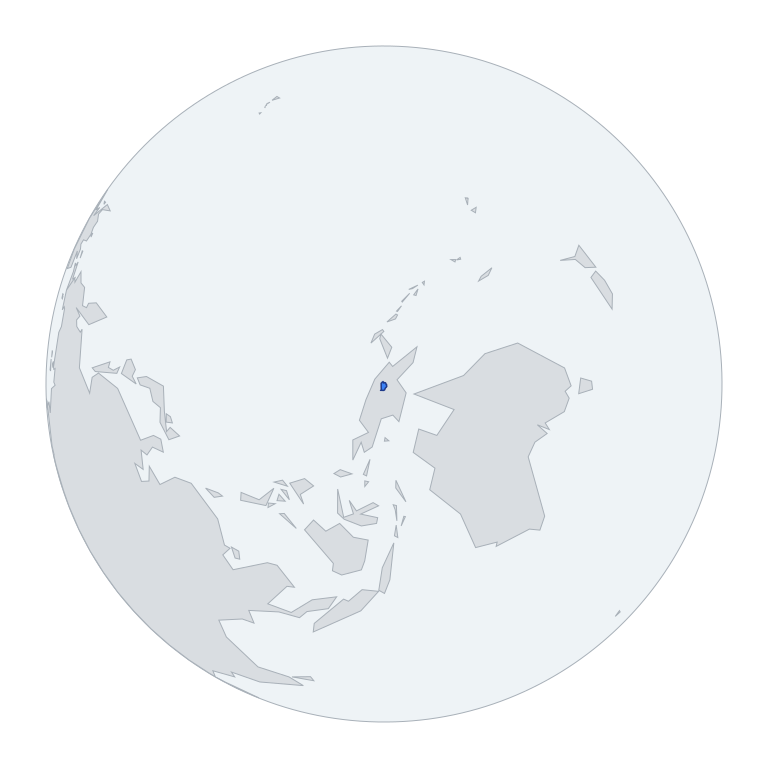 Enga highlighted on a globe, orthographic projection, rotated 274°
{"feature_id": "PNG-1238", "entity_name": "Enga", "entity_type": "Province", "adm_level": 1, "iso_a3": "PNG", "parent_name": "Papua New Guinea", "parent_adm1": "", "projection": "orthographic", "projection_center": [143.878, -5.472], "detail": "fine", "context": "on_globe", "style": "filled", "palette": "blue", "viewbox_px": 768, "rotation_deg": 274, "n_neighbors": 0, "source": "natural_earth", "source_scale": "10m", "svg_char_len": 6647}
<svg xmlns="http://www.w3.org/2000/svg" viewBox="0 0 768 768"><g transform="rotate(274 384 384)"><circle cx="384" cy="384" r="338" fill="#eef3f6" stroke="#a8b0b8"/><path d="M575.4,452.1L575.4,454.6L574.9,454.9L575.4,452.1ZM558.9,94.9L537.5,84.5L540.3,88.1L531.7,82.6L543.7,95.5L537.6,98.8L538.3,91.0L533.7,87.4L526.4,86.9L520.0,83.2L512.9,81.2L505.9,77.2L506.9,74.2L502.4,71.9L497.5,71.8L487.5,68.6L495.3,68.8L478.6,63.6L477.1,60.0L497.0,65.6L528.7,78.6L558.9,94.9ZM662.0,259.9L659.2,252.5L663.4,257.1L662.0,259.9ZM655.8,248.1L657.2,250.6L655.7,248.5L655.8,248.1ZM653.7,246.7L655.2,247.7L653.7,247.3L653.7,246.7ZM651.0,245.8L652.3,246.0L652.3,246.3L651.0,245.8ZM646.0,242.2L644.6,241.1L645.6,240.5L646.0,242.2ZM543.7,92.1L546.8,92.4L545.9,93.6L543.7,92.1ZM513.1,81.7L514.3,83.0L510.1,81.5L513.1,81.7ZM495.5,74.3L488.4,72.1L495.8,73.7L495.5,74.3ZM484.4,70.4L467.2,66.1L468.3,68.2L455.5,60.7L474.4,66.3L483.3,67.7L480.9,68.4L484.4,70.4ZM451.2,57.8L447.2,56.7L451.6,57.3L451.2,57.8ZM262.6,68.6L262.0,68.9L265.2,67.7L266.5,67.2L287.6,60.1L286.4,60.5L281.5,62.0L267.0,67.2L254.5,72.1L264.7,68.2L282.5,61.7L290.7,59.2L283.1,61.7L286.5,60.6L289.8,59.7L290.2,59.9L299.0,57.2L338.2,50.0L343.0,51.0L331.9,53.1L356.2,52.6L359.8,56.0L362.8,54.5L376.5,54.8L375.6,53.6L378.1,53.1L412.9,56.0L418.8,58.2L437.2,60.1L438.8,59.6L435.5,57.9L455.5,60.7L468.3,68.2L464.0,68.6L474.9,73.9L463.7,74.7L459.5,78.6L441.1,77.8L439.4,81.9L443.9,83.7L444.9,91.3L431.5,102.8L422.6,85.4L438.8,71.6L430.5,75.9L426.5,72.9L419.9,73.5L414.5,77.4L417.6,79.0L378.9,79.0L354.3,91.0L370.3,92.4L375.0,98.4L361.0,118.6L310.9,145.1L316.6,157.6L313.4,165.2L300.6,168.6L304.9,157.4L296.7,152.5L301.1,146.3L282.0,149.7L287.4,141.0L269.9,148.9L270.8,156.3L285.6,155.6L268.1,167.5L276.4,181.9L271.5,198.6L237.8,227.5L212.2,236.1L209.4,241.9L202.3,235.1L188.2,246.4L197.6,280.1L195.7,290.0L175.0,308.8L175.4,301.3L156.6,283.4L149.6,307.4L163.7,327.4L168.4,351.6L156.0,344.1L151.6,323.0L145.0,316.0L149.3,295.0L148.7,264.9L136.4,271.0L139.7,259.0L136.9,235.7L120.6,244.4L93.0,278.0L85.2,309.6L77.5,324.6L78.1,280.9L86.0,251.9L81.4,255.5L86.0,233.3L80.2,236.1L83.0,230.5L95.0,208.9L108.6,188.2L123.6,168.6L140.1,150.2L157.8,132.9L176.8,117.1L196.8,102.6L217.9,89.7L239.9,78.4L262.6,68.6ZM79.8,236.8L76.3,244.4L73.0,253.2L62.1,281.2L70.2,258.7L79.8,236.8ZM168.3,630.9L174.4,634.7L173.1,635.5L168.3,630.9ZM243.6,411.0L253.4,413.0L253.2,414.6L243.6,411.0ZM233.3,405.0L244.1,406.0L231.8,408.5L233.3,405.0ZM248.4,406.4L259.5,403.9L264.2,401.6L263.6,404.9L248.4,406.4ZM226.2,404.9L189.1,403.5L175.1,399.1L177.9,393.2L200.5,395.1L226.2,404.9ZM176.8,393.1L156.1,376.7L131.7,330.7L140.3,331.1L166.6,358.7L164.8,363.7L177.3,376.5L176.8,393.1ZM229.0,364.1L227.2,379.1L206.2,377.1L197.0,374.4L190.5,355.1L194.1,345.6L201.5,346.0L233.0,314.9L243.4,323.2L233.1,336.2L241.8,349.5L229.0,364.1ZM85.4,312.6L86.9,331.1L83.1,334.7L85.4,312.6ZM247.9,293.5L233.8,306.6L247.3,288.9L247.9,293.5ZM257.2,277.0L257.0,283.8L252.7,276.9L257.2,277.0ZM207.1,250.8L199.2,252.3L200.0,247.6L210.7,243.2L207.1,250.8ZM267.7,213.3L263.8,226.3L260.9,230.7L259.1,222.5L267.7,213.3ZM334.5,50.3L342.4,49.0L342.8,49.2L341.1,49.5L334.5,50.3ZM336.5,49.7L338.9,49.1L345.8,48.3L342.6,48.8L336.5,49.7ZM504.7,583.0L511.4,587.3L502.9,596.8L489.8,605.6L474.6,606.3L504.7,583.0ZM393.3,592.4L387.9,578.9L403.7,579.8L401.3,590.9L393.3,592.4ZM514.1,576.5L521.6,566.2L519.6,551.1L524.5,565.5L536.0,568.7L515.3,587.2L514.1,576.5ZM321.4,532.9L263.4,553.5L249.1,549.7L249.4,539.2L229.8,507.2L234.2,507.9L227.2,486.8L259.6,469.4L281.7,437.0L303.6,440.7L317.8,417.9L341.5,421.8L336.4,440.3L363.4,455.7L376.1,414.6L398.0,462.8L421.3,482.6L434.2,514.5L412.6,563.0L395.2,570.8L389.4,565.2L382.8,569.7L369.0,565.8L356.4,547.5L350.1,552.1L354.0,539.8L346.0,550.2L336.5,538.6L321.4,532.9ZM493.3,471.2L498.2,473.4L507.5,483.5L499.6,480.4L493.3,471.2ZM563.4,458.9L566.7,463.6L561.2,463.3L563.4,458.9ZM574.9,454.9L568.4,454.9L575.4,452.1L574.9,454.9ZM512.8,447.7L515.6,451.1L513.8,451.8L512.8,447.7ZM510.7,446.3L512.8,442.1L513.1,446.8L510.7,446.3ZM485.6,417.0L488.0,415.1L489.4,417.2L485.6,417.0ZM268.0,414.1L281.1,403.0L288.8,402.6L268.0,414.1ZM481.2,411.3L474.5,409.8L475.0,407.4L481.2,411.3ZM481.1,405.7L480.1,402.1L485.0,410.9L481.1,405.7ZM467.8,395.9L476.3,403.3L467.0,396.5L467.8,395.9ZM463.2,396.0L457.3,392.4L457.6,391.4L463.2,396.0ZM402.1,391.4L423.4,414.3L407.4,411.5L389.1,396.7L376.7,406.7L347.5,401.5L353.6,395.0L349.1,383.7L320.3,376.6L314.5,369.1L324.3,365.3L305.9,358.2L326.0,356.8L334.6,371.9L346.1,362.0L367.1,367.1L388.2,374.5L406.1,387.7L402.1,391.4ZM327.0,388.4L330.6,388.8L327.7,392.8L327.0,388.4ZM446.1,382.6L454.6,391.0L453.8,392.7L449.7,390.9L446.1,382.6ZM410.0,385.7L428.9,376.6L433.6,377.5L421.2,389.2L410.0,385.7ZM423.9,368.1L433.1,371.2L438.2,378.7L436.4,380.2L423.9,368.1ZM286.0,371.6L285.4,375.5L280.4,372.0L286.0,371.6ZM292.4,369.7L307.9,375.3L291.1,373.0L292.4,369.7ZM248.2,353.1L252.3,362.6L265.5,357.4L255.5,365.4L264.9,381.4L262.1,387.1L252.6,369.8L250.2,387.0L244.4,386.3L240.8,371.3L246.3,353.7L252.0,346.7L276.0,345.1L248.2,353.1ZM292.1,358.3L288.2,347.2L291.2,340.3L295.5,346.3L292.1,358.3ZM277.4,320.9L268.0,308.2L258.6,312.2L278.5,296.9L284.1,311.4L277.4,320.9ZM270.8,294.2L261.9,297.7L271.7,288.7L270.8,294.2ZM260.2,293.6L260.2,285.4L266.7,286.9L260.2,293.6ZM275.3,294.8L278.5,281.2L281.0,289.5L275.3,294.8ZM259.8,267.5L272.3,281.4L254.5,274.7L258.0,249.1L265.9,249.0L259.8,267.5ZM330.4,175.6L330.8,169.4L339.1,168.9L336.5,173.2L330.4,175.6ZM366.5,164.1L341.5,166.8L321.4,170.4L325.8,173.7L317.9,183.7L313.4,173.3L330.2,163.2L344.8,162.6L350.5,154.7L363.4,150.7L366.1,140.8L372.9,137.5L374.9,146.5L366.5,164.1ZM366.7,136.8L376.1,121.3L390.1,125.7L391.2,130.0L381.0,135.0L374.2,132.3L366.7,136.8ZM382.5,119.1L376.0,116.7L376.3,95.1L379.8,91.8L387.0,109.1L381.3,107.9L378.8,113.0L382.5,119.1ZM446.5,57.2L447.2,56.7L449.4,57.7L446.5,57.2ZM377.2,52.5L381.0,51.9L383.5,52.6L377.2,52.5ZM392.9,51.1L387.4,50.6L394.4,50.7L392.9,51.1ZM374.9,49.9L385.8,50.2L373.7,50.5L374.9,49.9Z" fill="#d9dde1" stroke="#a8b0b8" stroke-width="1"/><path d="M384.5,381.1L384.6,381.3L385.0,381.7L385.2,381.8L385.3,381.9L385.5,381.9L385.6,382.0L385.7,382.3L385.8,382.4L385.8,382.5L386.0,382.6L386.2,382.8L386.0,383.0L385.9,383.3L385.7,383.4L385.1,383.7L385.0,383.8L385.4,384.6L385.4,384.8L385.3,385.2L385.3,385.3L385.2,385.4L385.0,385.6L384.6,385.8L383.8,386.1L383.4,386.3L383.5,386.6L383.2,386.7L382.7,386.7L382.2,386.8L381.9,386.9L381.7,386.9L381.4,386.7L380.9,386.4L380.3,385.8L379.9,385.6L378.2,385.0L377.6,384.2L377.5,381.3L378.3,381.6L378.9,381.7L379.2,381.6L379.9,381.5L384.5,381.1Z" fill="#3b82f6" stroke="#1e3a8a" stroke-width="1.5"/></g></svg>